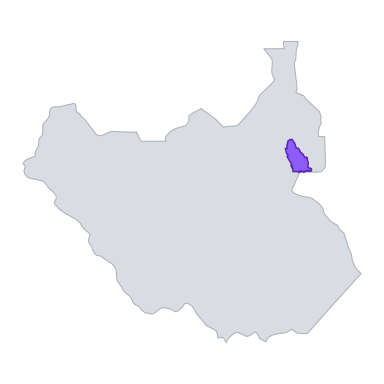 Luakpiny/Nasir, Upper Nile, South Sudan (highlighted)
{"feature_id": "79223893B70748738440916", "entity_name": "Luakpiny/Nasir", "entity_type": "district", "adm_level": 2, "iso_a3": "SSD", "parent_name": "South Sudan", "parent_adm1": "Upper Nile", "projection": "robinson", "projection_center": [33.401, 8.901], "detail": "fine", "context": "in_parent", "style": "filled", "palette": "violet", "viewbox_px": 384, "rotation_deg": 0, "n_neighbors": 0, "source": "geoboundaries", "source_scale": "gbopen_adm2", "svg_char_len": 5098}
<svg xmlns="http://www.w3.org/2000/svg" viewBox="0 0 384 384"><path d="M321.6,317.5L309.2,331.6L308.3,332.5L306.8,333.6L301.8,333.6L296.6,332.9L291.8,329.3L287.0,332.1L283.9,333.0L282.1,333.3L277.7,333.8L271.7,335.3L268.9,337.2L267.4,338.7L266.2,341.4L265.6,341.7L264.5,341.4L262.9,340.3L259.7,338.7L258.0,335.2L256.5,333.0L255.3,331.9L250.1,335.4L247.7,336.3L245.6,336.2L241.9,334.2L237.8,332.5L235.6,332.5L232.5,334.6L228.8,337.8L227.0,340.9L226.1,342.7L224.8,339.9L223.6,338.1L221.9,337.4L218.4,338.1L217.6,337.1L217.4,334.7L216.9,332.5L216.0,330.8L213.4,329.1L206.5,325.7L201.2,319.0L198.5,315.9L196.6,313.8L193.9,308.5L190.7,304.9L186.9,303.2L184.4,304.0L181.8,307.9L177.0,311.6L174.7,311.7L171.9,309.7L168.3,308.3L161.8,307.7L159.1,309.4L155.6,312.3L152.7,313.9L150.8,314.1L149.1,313.5L147.2,313.1L145.5,313.0L142.0,310.5L140.3,308.6L139.1,306.8L137.1,305.5L134.8,304.5L133.2,302.9L132.4,300.9L131.1,298.3L129.4,295.9L124.2,291.7L122.6,289.3L121.5,286.8L119.4,284.2L117.1,280.6L116.4,275.4L116.3,271.2L115.8,269.2L114.8,267.3L113.7,265.7L111.9,263.8L107.6,261.1L103.2,258.0L101.0,256.2L97.0,255.5L94.6,253.7L92.6,249.8L91.8,246.6L89.7,244.2L88.9,242.4L88.4,240.4L90.0,234.2L87.7,232.0L84.2,229.1L81.7,226.0L80.2,223.1L75.7,219.3L65.9,213.7L60.3,210.1L57.2,206.8L54.5,203.7L54.3,202.3L56.0,199.2L56.3,196.6L54.9,193.7L49.0,188.3L44.4,182.3L40.9,180.4L32.3,178.8L29.9,178.1L27.3,177.0L24.8,174.3L24.0,171.1L25.3,166.1L24.5,164.5L23.0,164.1L23.4,163.0L25.1,160.6L27.7,159.0L34.8,156.4L35.2,155.5L35.3,152.3L35.9,150.8L38.3,146.4L38.7,144.6L38.8,140.9L39.1,139.1L39.9,137.9L41.8,135.7L42.5,134.3L42.8,131.5L42.6,125.8L43.6,123.6L48.1,118.4L49.3,116.1L49.7,114.1L49.7,112.0L49.9,109.9L51.3,107.9L52.4,107.3L55.7,106.6L57.9,107.0L73.5,103.5L75.3,104.0L76.1,106.1L76.0,109.4L76.3,111.0L77.1,112.2L79.6,113.8L81.2,116.4L82.2,117.4L84.6,119.2L96.2,134.4L99.4,135.8L102.6,135.3L108.9,132.2L112.1,131.4L134.1,132.3L136.5,131.8L140.0,139.5L141.6,141.2L165.8,141.3L165.3,139.1L165.6,136.7L169.9,132.0L170.5,131.5L174.2,129.3L177.9,127.8L184.9,126.0L187.5,123.3L188.9,120.7L188.9,115.8L189.9,115.0L191.5,113.8L199.7,109.4L201.0,108.5L215.3,118.8L223.3,126.9L223.8,127.3L224.2,127.5L224.7,127.2L225.0,126.8L226.0,126.4L229.4,126.3L235.9,125.9L238.1,125.0L251.1,110.4L254.5,105.8L255.3,104.8L257.2,101.5L259.2,95.8L259.6,95.2L273.9,81.5L274.4,80.4L274.5,79.6L272.4,75.0L271.9,72.7L271.8,69.1L272.3,63.5L272.1,60.0L271.9,59.0L271.8,58.8L263.9,48.8L284.0,48.7L284.0,47.4L284.0,47.0L283.6,45.8L283.4,44.2L283.4,43.3L283.5,42.5L283.5,42.0L283.5,41.6L283.5,41.4L298.0,41.5L297.8,44.3L296.1,51.0L296.1,55.0L295.7,59.6L295.2,60.9L294.4,62.1L294.2,62.6L294.2,63.1L297.2,88.7L297.0,89.8L296.2,91.4L295.9,91.9L295.9,92.3L296.2,92.6L302.9,95.3L303.2,95.5L303.5,95.7L305.9,99.0L319.0,111.2L319.5,111.8L320.8,115.6L321.0,116.2L321.0,117.1L321.0,117.8L320.7,120.1L320.8,121.1L321.0,121.8L321.2,122.6L321.2,122.8L321.1,123.4L319.1,127.8L318.5,130.9L318.3,133.6L318.4,135.1L318.6,136.1L318.8,136.4L319.0,136.6L324.7,136.6L324.7,138.0L325.4,161.1L325.4,163.7L325.2,167.0L324.5,168.2L322.9,170.1L320.9,171.8L315.8,172.2L311.5,172.1L308.5,171.8L304.4,171.6L300.5,172.0L299.1,173.4L293.9,185.7L292.3,188.7L291.9,190.5L292.4,191.6L294.4,193.1L298.8,195.3L303.9,196.6L307.6,197.1L310.2,197.7L312.2,198.4L319.4,204.0L321.7,206.6L323.0,208.9L323.3,211.3L324.3,213.8L330.8,221.5L337.1,225.1L339.5,229.2L341.8,231.2L344.0,233.3L345.1,236.5L347.8,245.7L349.7,250.6L351.5,254.5L352.3,261.0L353.8,263.9L355.3,267.4L357.8,270.5L360.5,273.0L361.0,273.6L333.9,303.7L321.6,317.5Z" fill="#d9dde1" stroke="#a8b0b8" stroke-width="1"/><path d="M298.6,172.1L298.8,172.3L299.0,172.4L299.3,172.2L299.4,171.9L299.5,171.9L299.4,171.8L299.3,171.7L299.5,171.6L299.8,171.6L299.9,171.4L300.0,171.4L300.1,171.2L300.3,171.1L300.5,171.3L300.5,171.5L300.6,171.8L300.8,171.9L301.0,171.8L301.0,171.7L301.1,171.4L301.3,171.2L301.4,170.9L301.5,170.9L301.6,171.0L301.7,171.3L301.8,171.4L302.0,171.5L302.3,171.6L302.6,171.5L302.8,171.6L303.0,171.6L303.2,171.9L303.3,172.0L303.5,172.0L303.8,172.3L304.0,172.3L304.1,172.2L304.2,171.9L304.3,171.8L304.4,171.7L304.5,171.7L304.8,171.4L304.9,171.5L305.0,171.5L305.3,171.7L305.5,171.7L305.8,171.4L306.0,171.3L306.2,171.2L306.3,171.3L306.5,171.3L306.5,171.2L306.8,171.1L306.8,170.9L306.8,170.7L307.0,170.5L307.3,170.7L307.3,170.8L307.4,170.7L307.5,170.7L307.6,170.8L307.8,170.9L308.0,170.8L308.3,170.8L308.5,170.9L308.8,170.8L308.9,170.7L309.0,170.7L309.0,170.8L309.1,171.0L309.1,171.3L309.2,171.5L309.3,171.5L309.5,171.6L309.8,171.6L310.0,171.6L310.1,171.8L310.1,171.7L310.2,171.4L310.3,171.3L310.4,171.2L310.5,171.1L310.6,170.9L310.8,170.8L311.0,171.0L311.3,171.0L311.6,169.3L310.7,168.3L309.2,168.1L307.8,166.5L308.3,163.0L307.1,159.4L307.5,158.9L306.7,157.1L304.8,157.6L303.1,154.4L300.6,152.2L298.5,148.4L296.2,147.9L294.8,143.6L292.2,139.5L290.7,139.5L288.2,140.7L286.9,145.7L287.0,148.4L285.4,148.5L286.5,153.1L288.1,155.6L287.1,156.5L290.0,161.7L291.6,163.8L291.0,164.8L291.6,166.9L292.3,166.5L292.3,168.5L292.9,168.7L293.0,171.6L298.5,171.6L298.6,172.1Z" fill="#8b5cf6" stroke="#5b21b6" stroke-width="1.5"/></svg>